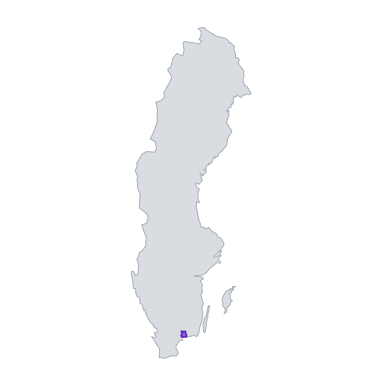 Karlshamn, Blekinge, Sweden (highlighted), rotated 354°
{"feature_id": "70781695B12582384293132", "entity_name": "Karlshamn", "entity_type": "district", "adm_level": 2, "iso_a3": "SWE", "parent_name": "Sweden", "parent_adm1": "Blekinge", "projection": "albers", "projection_center": [14.872, 56.287], "detail": "fine", "context": "in_parent", "style": "filled", "palette": "violet", "viewbox_px": 384, "rotation_deg": 354, "n_neighbors": 0, "source": "geoboundaries", "source_scale": "gbopen_adm2", "svg_char_len": 4351}
<svg xmlns="http://www.w3.org/2000/svg" viewBox="0 0 384 384"><g transform="rotate(354 192 192)"><path d="M126.0,265.7L126.8,268.8L129.0,268.5L129.9,266.3L131.3,259.9L130.2,252.7L132.1,250.3L133.5,246.3L136.4,245.3L140.3,240.8L140.9,236.1L141.8,232.7L139.0,222.1L138.8,219.4L143.7,218.2L145.9,211.3L142.8,206.8L137.9,202.3L140.1,189.0L138.3,181.6L138.7,178.6L138.5,173.9L139.8,172.0L137.7,165.0L140.2,160.4L139.9,157.9L146.8,148.6L151.2,147.0L159.1,148.6L161.1,144.8L161.2,142.8L160.5,138.0L156.1,135.1L161.0,126.6L164.8,118.3L165.6,110.2L166.4,106.8L165.5,98.9L170.4,98.0L174.8,94.8L174.2,90.5L183.4,77.2L183.6,74.8L182.9,72.6L180.6,68.6L181.2,66.7L183.7,65.6L184.8,63.8L186.5,57.6L191.3,52.6L196.9,55.6L199.0,50.0L198.6,42.5L200.5,41.6L215.2,45.4L217.4,42.5L214.8,41.2L217.1,38.0L217.6,36.1L217.7,33.9L217.5,32.7L215.3,30.1L219.8,29.4L222.3,30.5L222.7,32.1L233.2,40.0L241.3,42.7L243.8,45.0L244.9,47.6L246.2,47.6L247.9,50.0L249.6,51.3L248.6,53.3L249.1,57.4L249.7,59.2L249.3,62.9L252.0,63.4L252.7,65.5L251.6,67.9L252.1,70.3L256.3,77.2L255.7,79.7L255.8,82.8L254.5,85.2L254.6,87.6L255.2,90.5L255.9,91.9L257.6,92.6L261.1,100.3L258.5,101.2L256.4,100.3L251.9,101.9L250.8,103.2L246.9,100.5L245.1,102.5L243.6,101.1L242.7,103.8L242.8,107.4L241.1,107.3L241.8,108.6L239.6,109.3L239.5,109.9L240.0,110.7L239.4,111.8L236.3,112.5L236.0,113.7L237.0,115.0L237.1,115.9L235.0,114.8L236.6,117.3L237.0,119.1L233.3,127.0L234.9,128.8L236.5,132.9L238.0,134.7L237.6,136.7L233.4,141.9L231.3,149.4L225.8,154.7L222.8,156.2L221.0,159.8L218.5,158.9L218.6,160.9L217.0,159.7L215.9,162.9L213.9,165.6L211.5,165.3L211.3,165.7L212.1,166.5L209.4,167.3L208.7,170.0L206.7,170.9L206.4,171.7L208.5,171.8L208.1,174.0L205.8,175.3L205.1,176.7L204.0,176.7L204.2,175.6L202.6,175.8L202.1,174.5L201.8,174.9L203.0,178.4L202.3,179.9L203.8,181.3L199.6,185.0L196.9,183.7L196.6,184.8L197.3,187.8L199.7,190.1L198.4,191.8L197.1,199.0L198.3,203.2L195.2,202.4L195.5,204.0L194.6,205.9L195.0,208.7L194.8,210.6L195.6,212.2L195.2,213.0L195.9,220.7L196.9,224.0L196.7,226.7L198.0,228.1L200.7,228.3L201.6,230.4L205.0,229.0L207.7,233.2L212.5,236.6L212.4,239.0L215.5,240.6L217.4,243.8L218.3,246.5L218.1,248.2L213.7,253.0L210.2,256.2L206.5,258.3L206.7,259.0L208.6,259.2L213.0,256.8L214.4,258.6L212.0,259.6L211.6,262.3L210.7,264.0L200.7,270.5L199.4,272.4L195.0,275.5L186.7,275.5L185.5,276.2L192.6,277.2L194.4,279.4L191.0,280.9L192.7,286.1L191.8,287.4L191.9,293.2L190.7,293.3L190.2,295.7L191.0,301.6L191.6,303.2L191.4,304.8L189.5,308.8L190.3,313.5L188.1,322.1L185.6,327.2L183.7,333.8L181.5,336.2L178.8,334.8L174.8,335.6L167.6,335.4L166.7,336.1L167.2,338.5L164.6,338.1L160.0,343.2L159.8,345.7L161.6,350.5L159.3,353.6L154.4,352.8L147.7,354.6L141.9,352.9L142.7,351.3L143.3,344.9L137.0,331.8L140.1,333.2L141.3,332.6L139.6,328.3L142.2,328.1L143.1,326.6L142.7,324.1L140.5,323.0L138.8,319.1L136.9,317.1L133.6,309.3L132.6,304.0L131.4,304.4L130.6,298.4L128.8,297.4L128.7,291.2L126.7,290.5L125.6,287.6L125.7,282.3L123.4,281.5L123.8,279.0L123.5,269.7L122.9,266.7L123.7,264.6L124.9,264.5L126.0,265.7ZM222.2,293.8L221.2,294.4L220.7,296.2L219.0,297.1L219.1,302.4L220.7,304.4L219.1,305.3L218.2,308.2L215.4,310.3L214.4,312.1L213.9,314.8L211.4,316.3L213.1,312.3L210.5,307.9L211.0,306.3L210.6,301.1L215.4,294.3L217.7,293.4L218.8,294.1L219.1,292.5L219.9,292.1L222.2,293.8ZM190.7,332.1L189.5,333.2L189.0,331.6L189.0,325.5L191.7,318.0L193.0,317.4L196.2,307.4L196.5,306.7L197.7,307.3L196.9,308.3L197.0,310.0L194.9,315.4L194.5,318.8L193.7,319.7L190.7,332.1ZM223.1,291.7L223.0,293.2L221.6,292.1L222.7,290.3L225.2,290.6L223.1,291.7ZM215.2,253.6L213.7,256.0L213.4,255.1L213.6,253.9L215.2,253.6ZM212.4,265.9L211.6,266.1L212.1,264.4L213.1,264.0L212.4,265.9Z" fill="#d9dde1" stroke="#a8b0b8" stroke-width="1"/><path d="M166.0,333.8L166.2,334.0L166.4,334.5L166.5,334.9L167.0,334.9L167.5,335.0L167.9,335.4L168.7,335.4L170.2,335.4L171.5,335.4L171.5,334.7L171.5,334.0L171.7,333.6L171.5,333.3L171.4,332.7L171.2,332.5L171.1,332.2L170.9,331.8L171.0,331.4L171.1,330.9L171.1,330.4L171.0,330.2L170.8,329.9L170.6,329.9L170.1,329.8L169.8,329.8L169.7,329.8L169.4,329.8L169.1,330.1L168.9,330.1L168.8,329.9L168.4,329.8L168.3,329.7L167.9,329.5L167.3,329.4L166.7,329.5L166.7,330.2L166.8,330.5L167.1,331.0L167.4,331.5L167.3,332.0L167.2,332.2L167.1,332.6L166.8,332.8L166.5,333.2L166.4,333.4L166.0,333.8Z" fill="#8b5cf6" stroke="#5b21b6" stroke-width="1.5"/></g></svg>